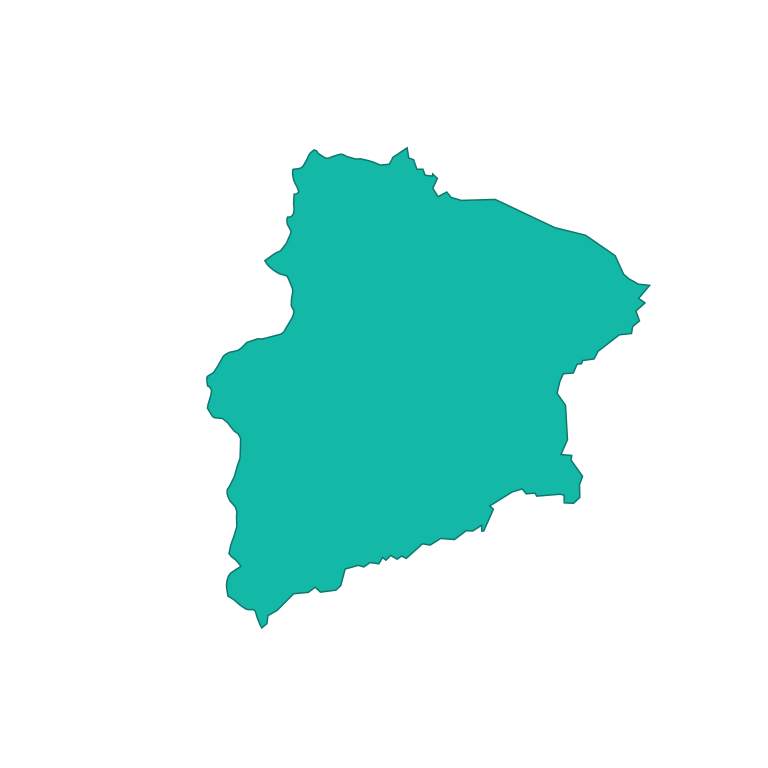 outline of Novatsi, Novaci, North Macedonia, rotated 136°
{"feature_id": "65306769B28760853140319", "entity_name": "Novatsi", "entity_type": "district", "adm_level": 2, "iso_a3": "MKD", "parent_name": "North Macedonia", "parent_adm1": "Novaci", "projection": "albers", "projection_center": [21.684, 41.019], "detail": "fine", "context": "isolated", "style": "filled", "palette": "teal", "viewbox_px": 768, "rotation_deg": 136, "n_neighbors": 0, "source": "geoboundaries", "source_scale": "gbopen_adm2", "svg_char_len": 3231}
<svg xmlns="http://www.w3.org/2000/svg" viewBox="0 0 768 768"><g transform="rotate(136 384 384)"><path d="M203.3,537.8L205.7,538.3L212.2,539.4L217.5,540.4L220.3,540.9L222.8,539.8L227.7,538.5L229.1,539.7L234.5,543.9L237.4,550.7L239.7,555.0L241.2,557.3L244.2,561.9L245.5,563.2L248.2,565.6L252.9,573.9L253.9,577.1L255.2,579.1L256.9,580.3L262.7,583.2L266.9,584.9L268.4,586.1L269.5,588.3L270.9,594.5L271.1,596.4L270.5,598.4L271.7,601.0L276.1,601.4L279.1,600.8L284.3,598.8L289.9,597.2L291.2,596.9L294.3,597.3L297.5,599.4L299.6,601.2L300.5,601.6L302.1,600.3L304.3,598.1L307.1,593.8L308.5,590.3L310.1,585.1L311.8,581.4L314.9,581.4L316.8,583.0L324.1,576.2L326.0,573.6L327.5,571.9L330.7,569.5L332.9,568.9L334.3,569.0L334.8,569.1L335.3,569.2L337.4,571.0L338.9,570.4L340.6,568.6L342.5,566.2L343.2,563.8L344.1,560.5L344.9,558.3L346.3,557.3L348.4,556.4L356.8,552.9L366.0,551.7L371.8,553.7L375.7,554.3L384.0,555.5L385.0,550.9L384.9,546.6L384.3,542.0L382.8,536.2L380.2,531.8L378.7,528.8L381.6,520.9L383.8,515.9L385.5,513.8L391.2,509.7L396.3,504.8L396.9,503.0L398.0,499.0L401.2,496.8L404.8,495.2L416.5,492.1L418.8,491.3L421.9,491.1L424.1,491.8L434.6,497.7L437.5,499.3L439.4,500.5L441.4,502.0L443.5,504.3L453.8,509.2L461.2,509.0L465.7,509.6L469.4,511.8L472.7,513.9L476.4,515.2L480.3,515.6L491.0,512.4L498.6,510.6L500.8,511.1L505.4,512.1L506.3,512.0L507.2,511.5L509.6,508.7L511.5,506.3L512.2,504.7L511.5,503.1L511.8,501.4L512.6,499.1L516.0,496.5L520.6,493.8L521.8,493.1L524.8,491.5L527.8,489.3L529.9,480.1L529.5,477.7L526.8,474.5L524.3,471.7L523.5,466.8L523.5,463.8L523.6,462.5L524.1,459.0L524.4,453.9L523.5,449.4L524.9,444.6L529.6,439.8L538.2,431.5L539.2,430.6L544.6,427.9L546.3,427.0L546.7,426.8L556.0,421.3L566.1,417.8L570.2,416.9L573.1,414.0L574.7,410.7L576.1,406.6L576.1,404.3L576.3,398.8L578.6,394.3L582.6,390.7L588.8,383.7L598.1,378.5L602.8,376.3L606.2,374.5L613.3,369.7L613.7,365.8L612.9,360.9L613.1,356.0L613.6,352.2L620.2,353.6L625.6,354.5L629.3,353.9L632.9,352.0L636.5,349.3L638.8,346.7L643.6,339.8L641.9,333.5L641.1,325.0L640.6,322.0L639.5,317.7L638.9,316.7L637.7,315.2L635.1,313.0L634.3,310.7L634.4,310.0L637.7,303.6L640.8,295.8L641.3,293.4L634.6,293.0L628.4,298.0L618.1,295.4L594.7,295.9L583.2,286.7L574.7,285.6L574.3,278.4L561.8,269.1L555.2,269.0L540.5,277.9L528.5,271.4L525.6,266.4L518.0,265.2L512.6,258.2L505.6,260.2L505.0,255.9L498.3,256.0L496.3,248.9L490.8,248.0L489.2,243.1L467.3,242.3L462.7,236.1L450.5,233.5L441.3,223.1L426.8,221.4L422.3,216.6L412.0,214.6L415.9,210.2L414.3,209.0L392.3,217.9L392.6,222.8L366.8,217.3L357.5,212.5L358.0,206.2L351.1,200.5L352.1,197.3L333.8,182.3L331.7,178.9L336.9,173.3L330.5,166.5L321.9,166.4L313.4,175.7L305.3,179.7L302.3,199.3L298.6,202.2L305.7,210.3L290.7,216.5L268.2,242.6L266.0,257.1L255.7,263.7L247.9,266.8L240.2,260.4L231.4,264.1L227.8,261.4L224.8,262.9L215.5,256.1L207.3,258.8L180.5,255.9L170.9,248.4L165.2,252.6L156.4,251.9L152.1,261.5L139.9,261.0L141.4,268.7L124.4,270.4L131.7,279.2L134.8,289.6L135.4,296.5L128.6,315.7L135.7,351.0L152.5,377.8L175.8,439.5L200.9,462.4L206.1,471.6L205.5,478.5L215.0,481.2L212.9,490.9L202.8,494.8L203.1,501.3L204.8,499.9L209.4,505.6L206.8,511.5L211.2,515.6L206.9,524.8L209.2,529.4L203.3,537.8Z" fill="#14b8a6" stroke="#0f766e" stroke-width="1.5"/></g></svg>